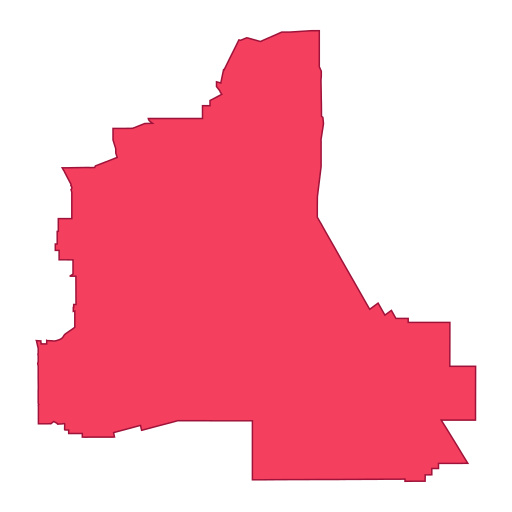 Merredin, Western Australia, Australia (Equal Earth projection)
{"feature_id": "25037944B40039133464345", "entity_name": "Merredin", "entity_type": "district", "adm_level": 2, "iso_a3": "AUS", "parent_name": "Australia", "parent_adm1": "Western Australia", "projection": "equal_earth", "projection_center": [118.19, -31.461], "detail": "fine", "context": "isolated", "style": "filled", "palette": "rose", "viewbox_px": 512, "rotation_deg": 0, "n_neighbors": 0, "source": "geoboundaries", "source_scale": "gbopen_adm2", "svg_char_len": 5261}
<svg xmlns="http://www.w3.org/2000/svg" viewBox="0 0 512 512"><path d="M252.4,479.8L261.8,479.8L262.0,479.8L271.4,479.7L290.4,479.6L299.9,479.6L319.1,479.5L328.7,479.5L338.1,479.5L347.4,479.4L356.8,479.4L366.1,479.3L375.7,479.3L385.2,479.2L399.3,479.2L403.6,479.1L405.0,479.1L405.0,481.3L413.5,481.2L425.1,481.2L425.2,474.9L431.8,474.8L431.8,468.5L438.5,468.5L438.5,465.9L438.5,464.3L438.5,463.6L438.5,463.4L440.1,463.4L441.8,463.4L446.5,463.4L454.5,463.4L457.6,463.4L460.2,463.4L465.2,463.3L467.8,463.3L462.2,454.2L456.9,445.4L446.6,428.7L441.2,420.1L458.8,420.1L475.5,420.1L475.5,407.3L475.6,366.3L459.2,366.3L449.8,366.3L449.9,322.4L448.1,322.4L442.5,322.4L431.7,322.4L408.2,322.4L408.2,318.4L395.9,318.4L391.4,310.4L384.9,315.1L378.1,303.1L369.7,309.3L363.8,299.0L355.0,283.5L347.6,270.6L340.3,257.8L334.6,247.6L328.8,237.5L323.1,227.4L322.6,226.5L322.0,225.4L320.9,223.4L320.2,222.3L317.3,217.2L317.3,216.7L317.3,214.7L317.3,207.2L317.4,196.7L321.1,166.6L321.1,163.0L321.1,159.2L321.1,157.2L321.1,141.2L321.0,139.7L323.5,123.7L322.9,117.4L321.5,116.3L321.4,104.1L321.2,95.8L321.2,93.2L321.0,82.4L321.0,79.5L321.3,76.4L321.3,71.3L320.0,68.3L319.3,66.8L319.3,61.4L319.3,56.5L319.3,30.7L316.9,30.7L312.2,30.7L311.5,30.7L301.7,31.3L289.4,32.1L281.7,32.1L260.4,41.5L247.9,38.0L246.6,37.8L240.6,40.3L238.9,39.9L235.1,47.6L229.4,59.0L223.9,70.2L223.5,69.9L220.8,82.9L220.8,83.0L216.5,81.8L216.5,86.6L219.8,90.8L220.2,92.0L221.8,94.3L210.0,100.5L210.0,105.7L202.5,105.7L202.5,118.5L184.9,118.5L174.7,118.5L169.2,118.5L154.6,118.5L148.8,118.5L148.5,118.5L148.3,118.5L148.5,119.3L148.8,119.9L149.1,120.5L149.6,121.0L152.5,123.3L152.3,123.3L144.8,123.5L132.6,128.3L125.2,128.4L113.0,128.4L113.0,139.9L115.7,148.6L115.8,153.2L117.2,157.4L106.0,161.8L95.4,165.9L94.7,167.5L89.8,167.6L89.6,167.5L85.6,167.5L72.3,167.7L68.3,167.8L62.2,167.8L63.4,170.0L64.1,171.0L64.6,172.1L68.4,179.4L71.1,184.5L70.8,185.5L71.8,187.0L71.8,188.6L71.0,189.5L71.8,192.2L71.8,193.1L71.8,193.3L71.8,194.3L71.8,195.0L71.8,197.0L71.8,199.0L71.8,201.3L71.8,205.1L71.8,209.5L71.8,212.2L71.8,215.1L71.8,217.2L71.8,218.6L71.4,218.6L71.1,218.6L70.6,218.6L69.7,218.6L67.8,218.6L66.8,218.6L65.7,218.6L63.5,218.6L60.7,218.6L58.3,218.6L58.3,220.4L58.3,223.2L58.3,225.8L58.3,227.7L58.3,228.7L58.3,230.3L58.3,231.3L58.2,231.4L57.2,231.4L57.2,244.0L56.2,244.0L55.3,244.0L55.3,250.4L59.1,250.4L59.1,259.8L66.0,259.8L73.0,259.9L73.0,274.1L70.0,276.0L69.9,276.1L69.7,276.2L75.9,276.2L76.0,304.5L73.7,304.5L73.7,307.4L73.3,307.4L73.3,311.4L74.8,311.0L74.8,318.7L74.8,327.3L74.5,327.5L71.9,329.4L69.4,331.1L67.1,332.7L65.8,333.6L65.5,333.8L65.3,334.0L65.0,334.2L64.8,334.4L64.6,334.7L64.4,334.9L64.2,335.1L64.0,335.3L63.9,335.6L63.8,335.8L63.6,336.0L63.3,336.6L63.0,337.0L62.8,337.3L62.5,337.6L62.3,337.8L62.1,338.0L61.8,338.3L61.5,338.5L61.3,338.7L61.0,338.8L60.7,339.0L60.4,339.2L60.1,339.3L59.8,339.4L59.5,339.6L56.5,340.6L55.8,340.8L55.5,340.8L55.1,340.9L54.8,340.9L54.4,341.0L54.1,341.0L53.7,341.0L51.9,340.8L49.8,340.7L48.8,340.7L47.7,340.6L47.1,340.6L46.9,340.5L46.7,340.4L46.7,343.9L41.1,343.9L41.1,342.8L40.8,342.3L40.9,340.9L36.4,340.6L36.5,340.8L36.6,341.3L36.7,341.8L36.8,342.3L36.9,342.9L37.0,343.2L37.1,343.7L37.2,344.2L37.4,344.8L37.5,345.6L37.8,346.7L38.0,347.5L38.2,348.2L38.2,348.5L38.2,348.8L38.2,349.3L38.2,350.1L38.2,350.8L38.2,351.8L38.2,352.4L38.2,352.7L38.2,352.9L38.2,353.1L38.1,353.3L38.1,353.5L38.0,353.9L37.9,354.1L37.9,354.3L38.0,354.9L38.1,355.2L38.2,355.4L38.2,355.7L38.2,356.6L38.2,358.5L38.2,360.2L38.2,361.0L38.2,361.5L38.2,361.9L38.1,362.1L38.0,362.4L37.9,362.9L37.8,363.1L37.7,363.2L37.7,363.3L37.7,363.5L37.7,363.8L37.8,364.2L37.9,364.7L38.0,365.3L38.2,365.8L38.2,366.0L38.2,366.4L38.2,368.1L38.2,378.1L38.3,386.6L38.3,388.5L38.2,390.7L38.2,390.8L38.2,396.1L38.2,401.7L38.2,402.9L38.3,403.3L38.3,403.6L38.4,404.0L38.5,404.3L38.7,404.6L38.4,404.8L38.3,405.0L38.3,405.3L38.4,406.9L38.4,409.0L38.4,410.4L38.4,412.0L38.4,413.6L38.4,417.4L38.4,419.3L38.4,419.7L38.4,423.8L40.3,423.8L40.5,423.8L40.9,423.8L41.6,423.8L43.8,423.8L47.4,423.8L49.5,423.7L49.8,423.7L50.4,423.7L50.6,423.8L50.8,423.8L51.0,423.7L51.3,423.5L51.5,423.3L51.7,423.1L51.9,423.0L52.3,422.6L52.6,422.4L52.9,422.2L53.0,422.1L53.2,421.9L53.3,421.8L53.7,421.5L53.8,421.5L54.1,421.7L54.3,421.8L54.7,422.0L54.8,422.0L55.0,422.2L55.2,422.3L55.4,422.4L55.6,422.5L55.8,422.6L56.0,422.7L56.2,422.9L56.5,423.0L57.0,423.4L57.2,423.5L57.3,423.5L57.5,423.8L57.5,424.0L57.8,424.2L58.0,424.1L58.4,424.1L58.5,424.1L58.8,424.1L59.3,424.0L59.7,424.0L60.0,424.0L60.4,424.0L60.6,424.0L60.9,423.9L61.2,423.9L61.4,423.9L61.9,423.9L62.1,423.9L62.5,423.8L62.8,423.8L62.9,423.7L63.1,423.7L63.4,423.7L63.5,423.7L63.8,423.6L64.3,423.6L64.5,423.6L64.6,424.2L64.7,424.8L64.7,425.0L64.7,425.3L64.6,428.8L64.6,429.1L64.6,429.3L64.7,429.6L64.7,429.8L64.9,429.9L65.0,429.9L66.4,430.0L68.6,430.0L68.7,433.5L82.3,433.5L82.3,437.1L86.3,437.2L89.4,437.1L91.1,437.1L96.8,437.1L103.0,437.1L109.0,437.1L112.4,437.1L114.5,437.0L113.8,433.7L113.6,432.6L127.1,429.0L140.4,425.4L140.5,425.4L141.6,430.3L141.8,430.3L150.7,427.9L159.7,425.5L171.6,422.4L177.7,420.7L195.2,420.7L204.8,420.7L214.3,420.8L223.8,420.8L233.2,420.8L242.9,420.8L252.4,420.8L252.4,435.6L252.4,460.2L252.4,465.3L252.4,479.8Z" fill="#f43f5e" stroke="#9f1239" stroke-width="1.5"/></svg>